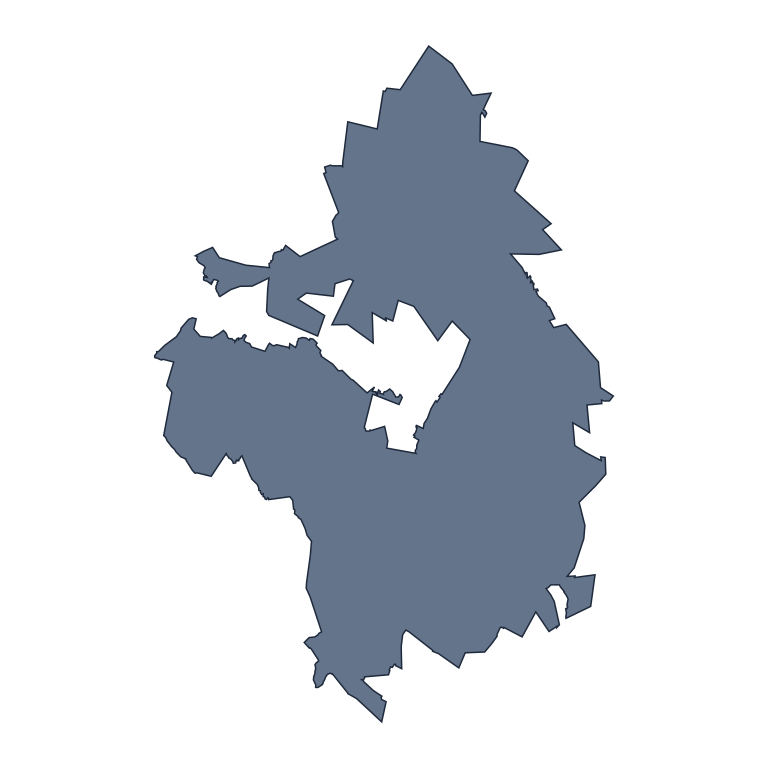 Rioverde, San Luis Potosí, Mexico (Robinson projection)
{"feature_id": "50627088B85408254455405", "entity_name": "Rioverde", "entity_type": "district", "adm_level": 2, "iso_a3": "MEX", "parent_name": "Mexico", "parent_adm1": "San Luis Potosí", "projection": "robinson", "projection_center": [-100.13, 21.98], "detail": "fine", "context": "isolated", "style": "filled", "palette": "slate", "viewbox_px": 768, "rotation_deg": 0, "n_neighbors": 0, "source": "geoboundaries", "source_scale": "gbopen_adm2", "svg_char_len": 6124}
<svg xmlns="http://www.w3.org/2000/svg" viewBox="0 0 768 768"><path d="M381.7,721.9L386.1,701.7L381.6,699.5L381.2,697.5L381.9,696.2L373.4,690.6L364.2,682.1L362.6,679.9L360.5,679.5L363.5,679.9L364.7,677.5L364.7,677.1L363.9,676.9L388.5,674.8L389.8,670.6L389.2,670.2L390.5,666.9L392.3,667.4L394.5,664.2L395.5,664.3L395.7,665.7L401.7,668.7L401.2,646.6L402.7,634.6L405.8,630.1L408.9,631.7L432.9,650.5L432.6,651.3L438.6,653.7L458.8,667.9L465.2,652.8L484.7,652.0L491.9,643.4L497.1,636.2L497.0,634.5L500.0,628.0L501.0,627.1L503.6,628.3L503.9,627.4L522.1,636.9L535.8,611.9L549.0,631.5L557.0,626.3L556.9,627.5L559.4,624.8L554.2,601.3L550.8,595.0L546.1,588.5L548.2,587.6L550.8,584.9L559.2,584.8L560.8,587.4L564.3,591.6L563.9,592.0L566.3,595.3L568.1,598.9L567.0,604.9L567.3,607.0L567.6,607.0L567.0,608.5L565.8,608.6L565.7,609.0L566.4,612.8L565.8,617.0L566.0,618.3L590.7,606.4L595.0,574.8L574.7,577.5L575.1,576.0L567.1,576.4L574.2,567.9L583.8,538.7L584.9,525.5L579.1,502.3L595.8,485.6L605.8,474.2L605.2,457.5L600.7,456.9L601.2,460.7L586.3,452.9L574.8,445.6L572.8,422.8L589.6,432.7L587.0,405.0L601.8,403.6L601.5,400.1L604.0,401.0L609.5,400.9L613.3,396.0L600.5,387.6L598.4,361.9L566.2,324.4L553.7,327.6L549.4,320.6L554.8,318.7L549.4,307.2L547.0,305.8L546.3,302.9L538.2,296.0L536.0,291.4L538.1,290.7L537.5,289.1L534.0,289.6L533.2,285.0L533.9,284.7L533.4,283.8L533.8,283.6L533.6,283.1L532.8,283.0L532.3,282.0L531.3,282.7L530.9,282.5L532.4,281.4L532.1,281.0L530.7,282.2L531.0,279.7L530.4,278.1L530.9,277.3L530.1,275.9L527.4,278.1L526.6,276.2L527.2,276.2L527.3,275.4L527.1,272.8L526.2,272.4L525.2,273.8L522.1,267.5L510.5,253.9L539.1,254.4L561.4,249.9L542.6,229.6L551.1,223.7L514.4,190.9L528.2,160.8L517.3,150.3L515.0,148.9L512.4,147.8L480.0,141.4L480.4,115.4L481.7,112.5L482.1,113.1L482.4,112.9L484.9,117.1L486.7,113.3L485.1,110.6L483.2,109.7L491.1,93.1L472.4,95.4L452.1,63.9L428.7,46.1L400.2,89.7L386.9,88.2L385.3,91.4L383.3,91.0L377.2,129.0L347.8,121.8L342.8,161.9L342.6,166.7L341.3,165.8L332.5,165.8L330.3,165.2L324.6,167.1L326.1,172.6L323.7,173.5L338.6,212.4L337.3,214.3L336.1,215.1L332.4,221.4L335.3,237.1L337.6,239.1L300.1,256.6L285.6,245.4L282.9,250.2L281.4,249.6L280.8,251.2L277.7,251.7L275.7,252.7L275.2,252.4L274.2,253.1L273.0,255.9L272.8,259.3L272.0,260.7L270.9,260.9L271.2,261.8L270.8,262.3L269.0,263.7L269.5,267.6L245.8,265.2L219.3,257.7L212.6,247.4L203.5,251.4L195.3,255.8L197.5,256.6L196.5,259.2L198.9,262.6L204.1,265.8L205.2,267.8L204.4,268.7L203.3,272.7L204.8,275.5L205.3,276.1L205.9,275.8L206.6,276.3L207.3,277.5L203.7,276.9L203.6,279.7L203.9,280.2L207.4,281.4L211.3,284.3L211.8,283.3L211.2,282.8L211.7,282.0L212.3,282.3L213.6,279.5L216.7,280.1L218.3,281.0L217.1,282.7L217.3,283.5L215.9,286.4L216.3,287.2L215.7,288.2L216.6,290.5L216.5,290.9L217.9,292.8L219.2,296.1L219.9,296.5L230.7,289.6L240.1,286.3L252.2,286.1L268.9,278.0L267.7,289.2L266.6,311.5L268.8,315.4L317.6,336.0L324.7,315.6L297.7,299.2L306.3,293.1L333.4,296.2L335.0,283.7L349.7,279.0L353.3,280.7L331.9,324.8L347.7,324.5L373.2,343.0L372.2,312.6L386.3,320.8L386.1,319.2L385.4,318.5L385.6,317.9L392.8,321.0L398.2,300.4L413.9,306.4L437.8,340.7L452.2,321.1L470.1,339.5L459.4,367.3L442.0,394.4L441.0,393.8L438.9,396.4L440.1,397.4L437.0,402.1L435.9,400.7L435.3,401.3L431.0,408.7L427.4,418.4L424.1,423.4L423.2,428.5L416.4,425.4L415.9,426.9L416.9,427.4L416.2,430.9L415.3,432.9L413.5,435.1L414.9,436.1L414.0,437.3L418.9,440.1L416.7,445.2L416.8,448.4L415.3,450.4L415.3,452.1L416.0,453.4L386.7,448.1L387.8,441.0L384.6,426.4L370.9,430.6L370.1,430.0L369.2,431.2L365.7,430.9L365.2,428.5L364.3,427.3L372.6,394.2L399.0,404.5L402.2,397.5L400.9,395.1L400.0,394.5L398.6,396.9L395.8,397.1L392.7,391.7L389.7,389.0L386.1,391.6L384.3,391.8L383.4,393.4L383.5,394.4L379.8,393.2L380.3,391.4L378.5,390.0L377.2,395.3L376.8,395.1L377.4,392.5L377.0,392.3L376.6,394.0L376.0,392.9L376.2,392.1L375.8,391.9L375.7,392.5L374.5,391.7L372.2,391.2L374.5,387.0L367.1,392.9L353.1,380.2L350.7,379.0L342.1,370.4L339.4,370.9L338.1,370.5L332.8,364.2L321.5,356.5L321.1,356.0L321.4,355.5L319.9,352.8L320.8,350.5L316.3,345.8L315.9,344.9L317.1,343.1L313.1,339.1L310.1,338.5L309.3,340.3L306.0,338.0L302.1,337.5L300.3,338.3L299.0,338.4L298.4,338.8L298.1,340.5L297.2,341.8L297.0,344.3L295.5,347.5L289.8,343.7L289.2,348.2L288.5,347.4L276.6,344.7L273.9,345.8L272.2,345.3L269.6,343.2L268.5,344.6L265.0,351.3L251.5,347.0L249.7,343.6L245.9,342.3L244.2,340.6L244.5,338.5L246.2,336.0L244.9,334.6L243.3,335.4L241.8,338.3L239.4,338.4L238.6,339.6L238.2,338.1L237.3,338.5L236.4,339.2L236.3,340.3L234.9,342.0L234.9,340.5L233.2,340.1L232.0,338.7L228.8,338.6L227.6,337.2L226.3,333.6L223.5,330.4L218.8,333.9L211.5,338.2L211.3,337.4L200.3,336.4L193.8,329.1L196.2,318.8L192.5,317.8L188.7,319.3L181.0,328.2L180.7,330.4L176.4,336.7L164.7,345.4L158.4,351.6L156.7,351.7L156.8,353.1L154.7,355.6L154.7,357.2L155.2,357.8L157.9,358.2L158.4,358.8L161.4,360.0L163.0,359.3L173.7,362.0L166.7,385.5L171.9,392.2L163.7,435.6L165.6,437.3L167.2,440.9L171.8,446.8L174.6,449.5L176.2,452.1L180.9,456.9L185.6,458.8L185.4,459.1L192.3,470.2L195.0,473.2L197.0,472.8L211.2,476.3L226.2,453.6L226.9,455.4L228.2,456.5L228.7,457.9L231.0,459.2L232.8,461.7L233.3,463.3L235.7,462.9L236.2,460.6L236.7,460.1L237.9,461.0L238.7,460.8L239.0,460.4L238.7,459.5L240.3,458.2L240.4,457.3L241.9,455.8L250.4,476.2L251.6,478.1L251.6,478.9L257.4,484.6L258.7,487.7L258.9,490.4L260.4,490.9L260.5,492.7L261.9,494.6L263.2,493.9L263.1,496.5L264.7,497.2L265.0,498.8L266.4,499.5L268.0,497.7L268.4,498.0L268.6,499.6L289.9,496.7L292.7,500.4L293.6,509.1L294.5,509.6L294.9,510.7L294.5,513.7L297.9,516.4L298.4,517.7L301.0,519.5L305.1,528.6L307.1,535.4L311.5,541.3L310.3,555.4L306.6,582.3L306.2,588.2L310.1,596.8L321.6,631.9L318.9,633.3L318.1,634.6L315.0,636.9L309.1,637.6L304.2,642.5L309.3,648.1L309.9,647.7L311.4,649.2L318.1,659.5L318.6,661.0L315.9,663.2L314.9,664.9L315.4,666.2L315.7,669.6L315.1,670.4L314.8,674.0L313.8,676.2L313.4,679.9L315.8,685.0L315.6,687.3L316.6,687.6L318.4,687.2L322.6,684.4L323.3,682.0L324.8,679.4L325.3,677.6L327.4,674.4L330.3,673.2L332.0,674.2L332.4,673.8L347.8,693.1L347.8,693.6L356.5,698.5L381.7,721.9Z" fill="#64748b" stroke="#1e293b" stroke-width="1.5"/></svg>